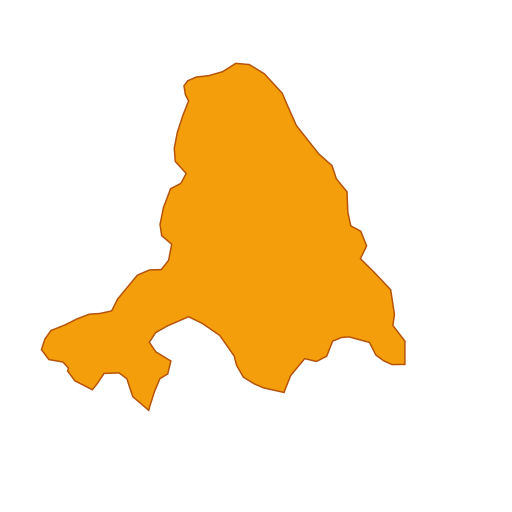 Cheonan-si, South Chungcheong, South Korea, rotated 18°
{"feature_id": "91817680B50780672353800", "entity_name": "Cheonan-si", "entity_type": "district", "adm_level": 2, "iso_a3": "KOR", "parent_name": "South Korea", "parent_adm1": "South Chungcheong", "projection": "albers", "projection_center": [127.19, 36.798], "detail": "fine", "context": "isolated", "style": "filled", "palette": "amber", "viewbox_px": 512, "rotation_deg": 18, "n_neighbors": 0, "source": "geoboundaries", "source_scale": "gbopen_adm2", "svg_char_len": 1358}
<svg xmlns="http://www.w3.org/2000/svg" viewBox="0 0 512 512"><g transform="rotate(18 256 256)"><path d="M431.1,313.1L423.9,290.9L407.7,279.8L405.7,268.7L394.5,246.5L372.3,234.4L356.1,226.3L358.1,212.2L348.0,200.1L336.9,198.1L329.8,186.0L322.7,166.8L315.8,162.4L308.5,157.7L300.4,146.6L284.3,139.6L269.1,129.5L254.0,119.4L236.8,100.2L230.8,93.2L207.6,80.1L190.4,76.0L187.9,76.6L177.3,79.0L167.2,91.1L155.1,99.2L144.0,104.2L137.0,110.3L134.9,116.3L136.1,118.7L139.0,124.4L144.0,129.5L143.0,145.6L143.0,162.8L145.0,178.9L150.0,191.0L164.1,199.1L162.1,210.2L154.0,218.3L153.0,238.5L155.0,255.7L160.0,265.8L172.2,270.9L174.2,287.1L170.1,298.2L159.0,302.2L150.9,309.3L148.9,311.3L137.7,339.6L135.7,352.8L125.5,358.8L115.4,362.9L105.3,371.0L95.1,381.1L84.0,390.2L80.9,400.3L80.9,411.4L91.0,418.5L105.2,416.5L112.3,420.6L112.3,423.6L122.4,430.7L141.7,433.8L144.7,425.7L147.8,414.6L161.9,409.5L171.1,412.6L182.2,427.8L201.7,436.0L201.4,431.8L201.4,415.6L202.5,402.4L208.5,395.4L207.5,382.2L190.3,378.1L181.2,371.0L184.2,359.9L193.4,349.8L210.6,334.6L225.7,336.7L246.0,342.7L266.2,357.9L271.3,366.0L281.4,375.1L293.6,378.1L303.7,379.1L324.9,377.1L324.9,375.1L325.9,358.9L334.0,338.6L346.1,337.6L354.2,329.5L355.2,313.3L362.3,307.2L369.4,304.2L390.6,303.1L400.7,313.2L409.8,316.2L419.0,317.2L431.1,313.1Z" fill="#f59e0b" stroke="#b45309" stroke-width="1.5"/></g></svg>